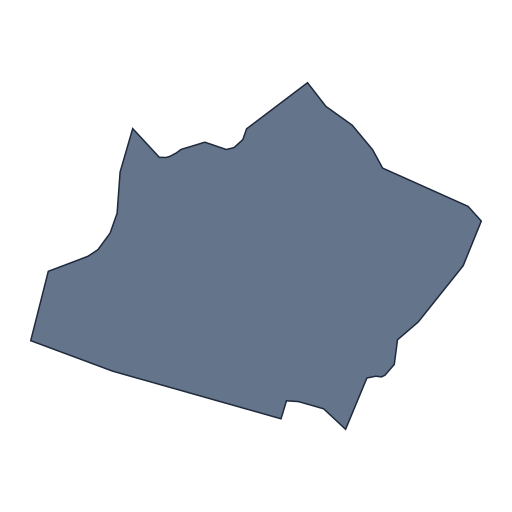 outline of Slovenj Gradec
{"feature_id": "SVN-991", "entity_name": "Slovenj Gradec", "entity_type": "Statistical Region", "adm_level": 1, "iso_a3": "SVN", "parent_name": "Slovenia", "parent_adm1": "", "projection": "robinson", "projection_center": [15.077, 46.496], "detail": "fine", "context": "isolated", "style": "filled", "palette": "slate", "viewbox_px": 512, "rotation_deg": 0, "n_neighbors": 0, "source": "natural_earth", "source_scale": "10m", "svg_char_len": 606}
<svg xmlns="http://www.w3.org/2000/svg" viewBox="0 0 512 512"><path d="M48.3,271.3L87.9,256.3L97.9,249.7L110.1,233.1L117.1,213.3L120.1,172.0L132.7,128.6L159.3,157.3L166.0,157.5L170.0,156.3L176.2,153.0L181.1,149.4L204.8,142.2L226.3,149.5L234.0,147.6L242.8,139.6L246.6,128.8L307.5,82.7L325.9,106.4L352.2,125.2L372.6,149.7L382.6,168.1L468.1,206.4L481.3,221.1L463.2,265.7L418.2,322.0L397.5,339.8L394.3,364.4L385.0,375.2L381.5,376.9L375.9,376.2L366.9,378.0L345.6,429.3L323.6,408.8L298.5,401.6L286.5,400.8L281.0,418.8L112.7,371.2L30.7,340.7L48.3,271.3Z" fill="#64748b" stroke="#1e293b" stroke-width="1.5"/></svg>